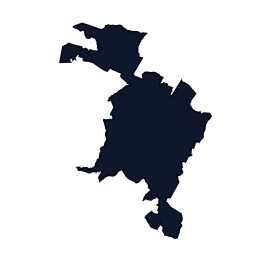 the district of San Agustín Tlaxiaca, Hidalgo, Mexico, rotated 101°
{"feature_id": "50627088B66732332939246", "entity_name": "San Agustín Tlaxiaca", "entity_type": "district", "adm_level": 2, "iso_a3": "MEX", "parent_name": "Mexico", "parent_adm1": "Hidalgo", "projection": "orthographic", "projection_center": [-98.945, 20.076], "detail": "fine", "context": "isolated", "style": "filled", "palette": "ink", "viewbox_px": 256, "rotation_deg": 101, "n_neighbors": 0, "source": "geoboundaries", "source_scale": "gbopen_adm2", "svg_char_len": 5716}
<svg xmlns="http://www.w3.org/2000/svg" viewBox="0 0 256 256"><g transform="rotate(101 128 128)"><path d="M100.4,48.5L98.2,50.8L98.8,56.1L99.6,57.8L100.4,57.9L100.8,58.5L100.3,59.4L98.6,60.3L99.4,60.7L99.0,62.8L99.3,64.5L98.9,65.6L98.3,66.2L97.9,68.0L93.3,72.1L93.1,72.6L91.5,72.2L91.1,71.7L89.3,71.6L89.0,71.9L81.5,68.2L78.5,71.8L77.8,73.2L76.8,73.9L74.4,77.1L73.6,79.1L73.9,79.4L72.9,81.0L72.7,83.3L72.0,84.2L71.2,84.5L87.3,90.8L88.1,91.3L88.6,92.5L88.5,93.3L83.9,92.8L83.4,92.4L83.2,92.7L82.5,92.6L82.3,93.1L81.0,93.1L81.0,92.8L80.5,92.9L80.4,92.3L80.1,92.3L79.1,97.9L77.5,97.9L77.0,101.7L78.3,102.0L78.1,103.3L80.8,104.1L77.5,105.7L77.6,105.3L71.7,103.5L71.1,106.9L71.5,108.3L69.8,107.7L69.7,107.9L69.5,109.8L68.7,111.0L68.5,113.3L69.4,115.6L69.6,120.1L70.4,121.4L70.1,121.9L72.6,123.8L74.0,123.8L76.3,122.4L77.4,122.8L77.5,123.2L76.5,128.5L76.4,130.6L76.2,131.4L75.0,132.6L74.8,133.8L56.6,127.4L56.4,131.1L53.8,131.2L52.9,131.8L52.5,132.7L51.1,133.6L50.6,133.3L49.8,133.7L49.3,133.2L48.9,133.3L48.8,133.9L45.6,133.8L38.8,132.1L36.6,130.6L35.0,131.0L34.9,130.3L34.0,129.9L33.8,129.3L32.4,128.6L31.4,127.4L31.8,128.8L32.6,129.6L31.6,130.6L32.4,132.0L32.7,133.7L32.4,135.6L31.8,136.7L32.0,139.0L32.5,141.2L32.4,141.9L32.7,142.1L32.5,142.7L33.0,143.3L32.2,145.5L32.7,147.0L31.9,149.1L31.4,149.4L30.9,151.8L30.3,152.1L29.8,153.6L29.1,153.8L28.7,155.6L30.1,159.4L30.3,160.9L30.1,162.6L30.9,164.3L30.7,167.3L31.5,168.0L31.8,169.4L33.5,169.4L34.4,169.8L34.9,170.7L36.5,172.1L36.5,175.8L35.0,184.8L34.0,193.0L38.6,200.7L39.4,200.8L40.5,195.0L41.7,193.2L40.1,190.5L41.1,189.1L44.9,187.7L47.4,185.7L47.6,184.5L46.8,182.7L46.4,182.4L46.1,183.4L45.7,183.1L46.1,182.4L45.1,182.5L44.3,181.3L45.0,181.5L45.2,181.1L45.2,180.6L45.0,180.4L45.5,180.1L46.2,176.8L50.2,174.2L50.9,174.0L51.2,174.4L51.5,174.3L51.6,173.8L52.1,173.7L52.6,173.2L55.2,173.2L55.6,172.6L55.5,172.1L58.3,171.7L58.9,175.9L58.6,180.2L60.9,181.1L59.9,182.8L59.0,182.5L57.9,184.7L59.3,187.3L58.9,188.3L58.5,188.3L58.7,189.0L57.3,189.0L57.0,196.9L56.1,202.4L57.6,203.4L60.7,207.5L76.5,207.3L74.2,197.1L73.4,198.5L69.7,198.2L70.3,196.1L70.0,196.1L70.0,195.6L71.7,195.0L69.9,194.1L70.5,193.0L69.1,193.7L64.8,191.5L65.6,189.0L66.8,189.6L67.3,188.4L66.6,188.0L67.2,187.0L66.6,186.7L67.2,185.5L67.7,185.0L68.0,185.2L68.4,184.6L69.4,185.0L70.3,184.0L69.8,183.7L70.2,183.1L69.8,182.8L70.2,182.1L69.9,178.3L70.4,174.5L74.0,166.6L75.8,161.7L76.1,159.0L75.5,158.9L75.3,160.2L74.0,160.1L74.0,158.1L73.0,157.2L72.3,157.0L72.7,154.5L73.3,154.6L75.5,144.4L78.5,144.9L79.8,143.7L82.7,138.5L83.9,137.3L84.3,135.4L85.1,134.6L86.0,134.9L86.7,133.6L86.3,135.7L86.9,137.4L88.2,138.8L89.0,139.0L89.3,139.6L91.0,140.5L91.4,141.8L92.3,142.2L93.2,143.7L95.5,144.9L97.6,148.0L99.1,148.9L99.4,149.9L101.2,150.9L102.1,152.0L102.6,152.1L103.6,151.5L105.3,153.1L104.3,150.8L104.2,149.5L110.7,145.4L111.8,146.0L112.5,145.9L113.6,146.5L117.8,147.6L118.4,147.3L118.4,145.8L119.0,145.1L121.7,144.5L122.6,144.6L123.4,148.3L124.5,151.4L124.4,153.3L124.6,153.3L125.9,153.1L126.8,152.1L133.6,149.1L134.6,147.6L136.2,148.8L139.6,148.5L140.9,147.2L142.4,146.8L143.4,146.3L147.4,147.7L148.7,147.6L148.7,147.2L149.6,147.1L153.0,150.8L153.9,150.9L154.6,150.2L156.7,149.7L157.5,150.4L158.3,150.5L162.8,150.3L163.8,150.6L165.0,151.9L167.7,152.2L169.3,153.0L170.0,152.7L170.9,152.9L171.6,152.6L173.2,154.0L173.7,154.9L174.9,155.1L174.8,157.3L176.1,158.3L176.1,159.0L175.3,159.5L174.8,160.9L175.2,161.6L175.2,162.7L175.8,163.5L175.5,164.6L176.4,164.7L176.9,165.2L176.8,166.3L175.9,168.4L176.5,170.5L178.9,168.2L178.3,165.5L179.2,158.2L179.6,157.6L177.9,155.1L177.1,153.2L177.0,152.1L176.1,150.7L177.1,150.6L175.0,149.0L176.3,148.2L174.8,147.0L175.0,146.1L175.5,145.1L181.8,147.1L182.7,147.0L183.6,146.3L185.7,145.6L182.6,143.0L182.4,142.5L181.0,142.0L179.1,139.4L178.4,139.7L177.9,133.7L177.2,132.3L175.4,130.8L172.4,129.5L171.0,127.9L170.1,125.7L175.8,120.3L177.4,117.8L178.9,112.8L178.3,111.9L178.6,110.9L179.2,111.0L180.1,110.0L180.2,109.4L179.4,107.9L178.2,107.0L178.1,106.6L175.1,105.1L174.9,104.1L173.4,102.8L175.4,101.1L176.9,100.5L178.6,97.9L180.6,96.6L180.8,96.0L181.7,96.5L181.7,96.1L182.8,96.1L183.8,94.2L183.2,93.9L183.3,93.6L184.7,93.6L190.1,97.3L190.0,97.6L191.3,97.9L192.8,98.8L193.2,98.4L195.7,99.0L193.6,96.6L194.4,95.5L194.3,91.4L193.6,91.2L191.8,89.0L191.4,87.8L190.1,87.6L190.1,85.5L191.0,85.0L191.0,83.7L193.2,83.7L197.2,83.0L197.7,84.6L198.1,84.6L198.4,82.7L201.5,82.2L201.5,82.6L203.1,82.9L203.2,81.9L204.6,81.6L207.0,81.7L207.3,82.2L207.3,86.2L205.6,88.9L209.6,92.4L212.3,94.0L220.9,86.1L220.7,84.4L221.3,83.9L221.4,82.4L221.8,82.1L221.6,80.1L221.2,80.4L218.1,78.8L215.5,78.0L216.7,77.4L217.5,75.7L218.8,74.2L221.0,74.1L221.9,74.5L223.3,72.9L224.0,72.7L224.8,71.7L226.2,71.2L225.6,70.2L226.0,69.5L225.7,68.5L226.2,68.0L226.0,67.2L226.3,66.0L226.0,65.0L227.3,60.7L226.6,59.0L226.1,58.7L222.1,58.5L221.5,58.0L217.3,58.3L213.7,56.6L211.0,58.9L209.1,57.7L208.7,58.3L208.1,57.8L206.6,57.6L202.2,59.5L197.7,71.3L193.9,75.6L193.9,77.3L188.5,76.3L188.4,73.4L171.3,67.9L167.8,70.1L167.1,69.8L166.8,70.5L165.1,71.5L164.7,71.2L165.3,70.5L165.3,70.1L164.2,68.9L164.4,68.3L164.2,67.9L163.4,67.7L162.9,66.6L162.0,66.5L161.4,66.0L160.8,66.1L158.0,67.9L156.7,67.9L156.4,67.3L155.7,67.3L155.2,67.9L154.2,68.3L153.6,68.1L152.3,69.0L150.0,67.7L150.5,65.1L144.1,63.4L142.8,60.5L141.9,60.6L142.4,62.5L141.0,61.6L135.5,62.0L135.3,60.2L134.3,59.5L132.7,60.8L132.3,60.4L131.8,60.5L132.6,59.5L131.6,59.4L131.4,59.7L130.7,59.1L130.3,59.9L128.2,59.2L128.0,59.8L127.8,59.7L128.2,58.4L128.6,58.2L128.4,57.0L127.5,56.7L128.4,55.4L126.3,54.7L122.7,52.5L119.3,53.2L117.1,53.1L116.0,52.5L115.0,52.4L109.9,52.7L105.1,51.2L103.8,49.9L101.3,49.1L100.4,48.5Z" fill="#0f172a" stroke="#020617" stroke-width="1.5"/></g></svg>